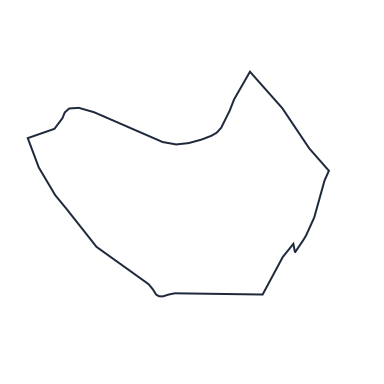 the border of Hau Giang, rotated 70°
{"feature_id": "VNM-505", "entity_name": "Hau Giang", "entity_type": "Province", "adm_level": 1, "iso_a3": "VNM", "parent_name": "Vietnam", "parent_adm1": "", "projection": "robinson", "projection_center": [105.637, 9.855], "detail": "fine", "context": "isolated", "style": "outline", "palette": "slate", "viewbox_px": 384, "rotation_deg": 70, "n_neighbors": 0, "source": "natural_earth", "source_scale": "10m", "svg_char_len": 666}
<svg xmlns="http://www.w3.org/2000/svg" viewBox="0 0 384 384"><g transform="rotate(70 192 192)"><path d="M284.1,116.1L283.9,115.9L275.4,114.5L284.1,128.9L312.5,160.7L281.3,242.8L280.4,248.9L280.1,255.3L278.7,258.6L276.1,260.8L270.3,262.0L263.8,264.3L210.9,300.5L164.1,316.0L148.3,321.6L116.5,327.6L85.2,327.9L85.6,299.7L78.4,288.6L73.7,284.3L71.5,278.9L74.2,269.6L83.5,256.8L135.0,202.5L141.9,190.6L144.9,178.4L146.0,165.2L145.8,154.5L144.7,148.5L141.7,142.7L128.4,128.7L119.4,120.8L98.8,96.4L144.1,78.5L191.2,66.9L218.9,56.1L226.5,63.5L257.8,85.9L272.0,99.8L275.2,103.8L284.0,115.9L284.1,116.1L284.1,116.1Z" fill="none" stroke="#1e293b" stroke-width="2"/></g></svg>